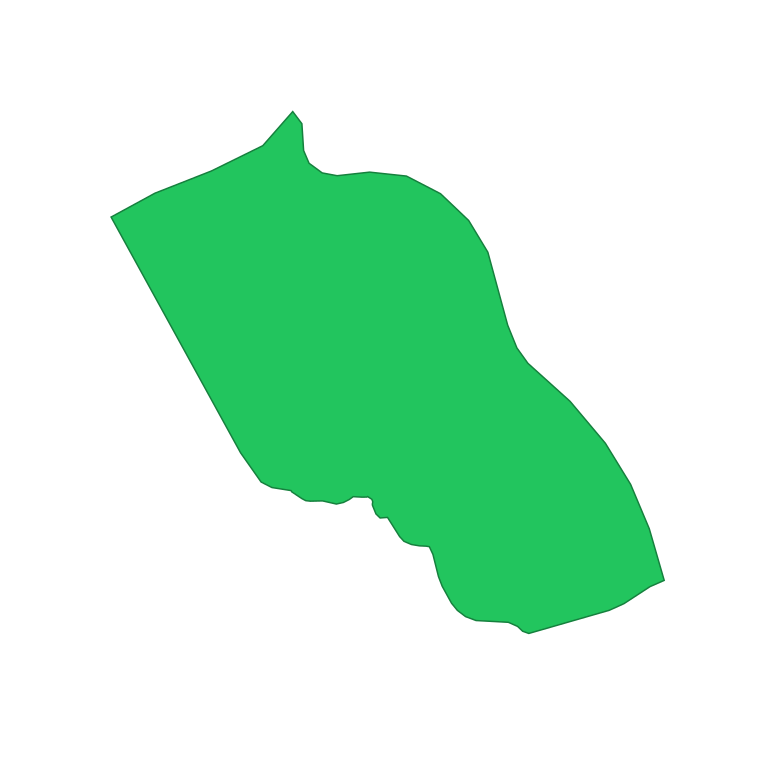 an SVG outline of Ifugao, rotated 71°
{"feature_id": "PHL-2551", "entity_name": "Ifugao", "entity_type": "Province", "adm_level": 1, "iso_a3": "PHL", "parent_name": "Philippines", "parent_adm1": "", "projection": "albers", "projection_center": [121.298, 16.844], "detail": "fine", "context": "isolated", "style": "filled", "palette": "green", "viewbox_px": 768, "rotation_deg": 71, "n_neighbors": 0, "source": "natural_earth", "source_scale": "10m", "svg_char_len": 973}
<svg xmlns="http://www.w3.org/2000/svg" viewBox="0 0 768 768"><g transform="rotate(71 384 384)"><path d="M660.9,183.0L662.2,198.5L669.8,228.6L671.3,244.6L667.0,328.3L662.9,333.4L656.7,336.6L649.8,344.0L637.6,374.0L630.5,382.6L622.0,388.3L613.3,391.5L594.3,394.8L583.9,395.2L561.0,393.2L552.6,394.1L551.1,396.8L548.6,403.1L544.7,410.3L539.3,416.3L533.4,418.9L511.3,424.1L509.4,431.3L504.3,433.9L495.0,434.4L493.7,434.1L491.8,433.0L489.1,433.0L485.1,436.1L485.3,437.0L483.9,441.4L480.5,449.8L481.9,454.4L482.8,460.9L482.0,468.1L474.5,480.2L470.8,491.8L468.8,496.0L465.7,498.9L456.0,506.3L454.5,506.6L445.4,523.7L436.7,532.1L402.4,542.0L137.3,587.7L129.0,538.4L126.4,478.0L119.2,421.0L96.7,381.6L111.2,376.9L137.1,384.0L150.9,383.0L164.3,373.7L171.8,360.5L179.0,328.6L194.7,295.1L222.5,268.6L257.0,250.7L293.2,242.9L368.7,247.9L393.2,246.6L411.3,241.2L461.0,213.7L512.1,194.0L559.2,183.5L607.2,180.3L660.9,183.0Z" fill="#22c55e" stroke="#15803d" stroke-width="1.5"/></g></svg>